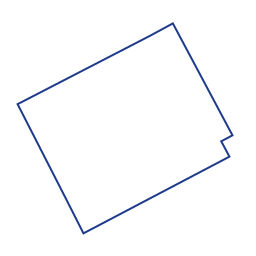 the district of Jack, Texas, United States of America, rotated 62°
{"feature_id": "52423323B71935080527637", "entity_name": "Jack", "entity_type": "district", "adm_level": 2, "iso_a3": "USA", "parent_name": "United States of America", "parent_adm1": "Texas", "projection": "equal_earth", "projection_center": [-98.116, 33.234], "detail": "fine", "context": "isolated", "style": "outline", "palette": "blue", "viewbox_px": 256, "rotation_deg": 62, "n_neighbors": 0, "source": "geoboundaries", "source_scale": "gbopen_adm2", "svg_char_len": 264}
<svg xmlns="http://www.w3.org/2000/svg" viewBox="0 0 256 256"><g transform="rotate(62 128 128)"><path d="M200.9,51.9L183.5,51.9L183.5,39.2L56.7,39.3L56.9,66.2L55.1,214.3L161.5,216.0L200.1,216.8L200.9,51.9Z" fill="none" stroke="#1e3a8a" stroke-width="2"/></g></svg>